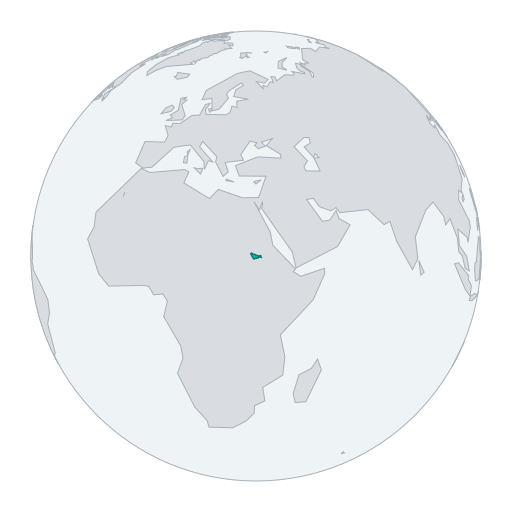 Khartoum on an orthographic globe
{"feature_id": "SDN-874", "entity_name": "Khartoum", "entity_type": "Region", "adm_level": 1, "iso_a3": "SDN", "parent_name": "Sudan", "parent_adm1": "", "projection": "orthographic", "projection_center": [32.98, 15.925], "detail": "fine", "context": "on_globe", "style": "filled", "palette": "teal", "viewbox_px": 512, "rotation_deg": 0, "n_neighbors": 0, "source": "natural_earth", "source_scale": "10m", "svg_char_len": 9673}
<svg xmlns="http://www.w3.org/2000/svg" viewBox="0 0 512 512"><circle cx="256" cy="256" r="225" fill="#eef3f6" stroke="#a8b0b8"/><path d="M194.7,39.2L193.6,39.6L188.5,41.1L191.9,40.3L196.8,38.9L199.9,38.3L199.6,38.6L193.1,40.3L192.3,40.4L190.2,41.1L187.1,41.9L188.5,41.7L180.6,44.2L187.9,42.4L181.2,45.0L176.2,46.5L177.4,45.4L172.0,47.0L194.7,39.2ZM128.3,70.4L128.7,70.2L135.9,65.4L138.9,63.9L147.4,59.0L149.9,57.9L158.4,53.8L156.2,55.7L149.6,59.9L142.5,63.6L139.4,65.9L145.5,63.7L131.6,72.8L121.3,83.2L117.8,85.8L112.1,87.4L113.8,83.0L106.5,87.7L110.3,86.3L101.5,94.0L99.7,96.2L99.7,97.1L102.7,95.0L99.5,98.3L94.4,100.3L97.3,97.2L98.8,96.4L99.6,94.8L96.1,97.4L91.9,101.7L91.6,102.0L103.1,90.6L115.3,80.0L128.3,70.4ZM32.8,225.3L31.9,233.3L32.4,246.2L32.5,257.0L32.1,262.0L33.1,265.9L33.2,269.7L40.9,285.0L47.8,299.5L49.5,312.6L47.7,323.9L55.2,352.8L54.4,356.3L58.3,364.1L51.2,349.8L45.1,335.1L40.0,320.0L36.0,304.6L33.1,288.9L31.4,273.0L30.7,257.1L31.2,241.1L32.8,225.3ZM158.9,53.2L158.6,53.5L157.2,54.1L158.9,53.2ZM162.9,51.3L161.5,51.8L163.1,51.0L164.0,50.7L162.9,51.3ZM164.3,51.0L166.3,49.5L169.3,48.2L174.9,46.2L164.3,51.0ZM198.4,38.4L193.2,39.8L197.8,38.4L198.4,38.4ZM222.7,33.2L221.9,33.4L216.2,34.4L211.5,35.2L214.7,34.8L200.6,37.7L204.8,36.6L222.7,33.2ZM294.7,34.1L293.8,33.9L294.7,34.1ZM201.5,37.9L202.7,37.4L209.4,36.0L208.0,36.8L206.3,37.0L201.5,37.9ZM231.0,32.1L233.1,32.0L222.5,33.3L224.3,33.0L231.0,32.1ZM204.6,37.5L207.1,37.3L203.8,38.4L200.7,38.4L204.6,37.5ZM211.6,35.4L214.7,34.9L212.6,35.4L211.6,35.4ZM193.2,43.0L194.6,42.0L198.1,41.1L193.2,43.0ZM208.3,37.2L209.4,36.9L211.0,36.5L211.9,36.7L208.3,37.2ZM223.5,33.4L222.7,33.7L227.9,32.8L228.4,33.1L221.2,34.1L224.5,33.8L218.7,34.6L223.5,33.4ZM217.5,36.0L208.6,38.0L205.3,39.8L202.0,40.6L208.0,37.5L217.5,36.0ZM218.7,35.1L217.2,35.8L213.9,36.1L212.9,35.9L218.7,35.1ZM231.3,33.0L232.4,32.3L233.9,32.2L231.3,33.0ZM217.2,36.4L219.3,36.0L217.3,36.5L217.2,36.4ZM227.7,33.9L227.9,33.5L229.6,33.4L227.7,33.9ZM223.5,35.5L220.6,36.0L219.8,35.8L223.5,35.5ZM225.9,34.7L228.3,34.5L221.3,35.4L225.7,34.5L225.9,34.7ZM229.3,33.8L230.4,33.5L229.0,33.9L229.3,33.8ZM228.1,36.4L219.5,37.6L217.8,36.9L226.4,35.8L228.1,36.4ZM357.1,54.7L365.4,59.8L383.2,71.6L382.1,69.8L386.9,72.8L406.1,88.1L428.6,113.7L435.3,120.7L439.3,126.1L441.6,130.5L435.8,122.6L433.2,120.8L429.6,116.1L431.2,121.6L426.1,115.1L429.9,123.2L434.4,127.8L434.8,124.8L440.3,135.4L447.7,143.2L454.4,154.8L462.1,179.1L461.0,189.1L462.2,193.3L458.7,190.2L458.7,199.9L468.9,219.9L470.3,226.6L468.1,242.3L467.2,237.4L457.9,229.1L459.5,245.8L466.7,256.2L469.3,271.0L465.2,268.3L462.2,255.5L458.9,252.2L457.4,237.9L450.0,218.7L445.7,224.8L443.8,216.4L433.0,202.0L425.6,210.4L415.3,236.9L417.8,258.6L412.5,269.6L396.8,241.5L389.9,221.4L384.1,224.6L368.0,209.6L339.9,212.6L336.0,207.6L330.7,210.8L319.3,206.6L313.4,198.3L306.5,199.5L322.4,221.3L329.8,220.1L336.1,210.5L339.1,218.6L350.1,224.8L337.6,246.5L296.1,267.9L292.2,251.8L261.7,208.6L262.8,203.6L262.6,203.1L262.3,202.1L259.3,210.2L254.1,201.8L270.2,232.0L272.8,245.2L295.5,268.9L293.3,271.6L300.7,276.3L324.6,268.3L324.7,273.8L313.2,299.7L280.3,334.9L284.9,356.7L282.8,375.0L262.7,387.5L264.9,400.9L254.6,405.7L254.2,413.1L246.2,420.9L232.6,427.8L209.0,427.1L207.2,420.6L194.8,407.1L177.5,373.3L183.0,358.2L180.7,345.8L163.7,316.6L167.4,301.1L163.0,294.0L153.7,294.8L148.6,286.3L143.1,285.4L108.8,286.1L98.7,273.8L87.6,238.9L94.1,227.1L96.0,212.2L141.2,168.4L150.0,172.5L184.7,169.6L188.9,171.8L183.9,182.9L209.3,198.6L218.5,189.4L242.3,197.8L258.7,197.5L266.0,176.2L239.2,176.0L235.4,165.7L257.6,156.9L281.1,158.1L280.4,154.2L266.2,145.6L272.4,138.6L261.4,142.1L265.3,146.1L258.5,148.7L254.5,145.4L256.9,142.8L250.0,141.1L240.7,154.7L243.6,160.2L225.1,162.4L228.3,172.0L223.0,176.3L215.6,161.9L216.9,156.7L202.6,141.4L199.6,146.9L212.9,162.0L208.4,160.7L204.4,169.3L204.0,161.7L190.3,144.9L174.0,147.2L152.0,167.2L142.8,168.1L135.7,162.8L145.0,141.6L164.6,142.1L168.1,135.6L165.3,125.6L171.5,127.0L172.7,123.3L180.2,123.5L191.9,115.5L199.7,115.1L205.4,104.6L210.2,103.3L205.4,109.7L206.3,114.4L225.8,114.8L229.9,112.7L232.0,106.1L237.1,107.5L236.7,101.2L248.4,99.1L233.7,96.6L235.8,90.0L243.5,85.3L241.5,82.9L229.1,90.7L226.5,94.4L228.5,98.1L219.1,109.1L212.1,110.8L212.0,98.4L202.1,99.7L206.3,90.4L237.5,73.4L249.9,70.8L268.1,79.4L264.6,83.1L256.3,81.6L263.0,88.7L262.9,85.3L267.2,86.8L270.2,81.7L273.4,82.6L271.0,76.5L275.2,77.1L276.6,80.9L284.8,74.8L293.8,75.1L294.1,73.4L291.9,71.5L304.8,73.8L304.5,72.5L300.2,71.1L296.7,67.8L295.5,63.2L300.0,64.2L301.1,66.0L310.0,71.8L312.1,77.1L313.8,77.1L313.1,72.8L302.2,65.7L300.2,62.6L306.0,65.5L303.7,64.2L304.2,63.1L308.9,63.1L302.8,59.9L301.5,48.5L310.4,48.3L315.7,51.5L319.6,47.0L329.4,48.5L325.3,47.1L324.4,44.9L321.4,44.3L319.4,43.5L315.7,39.4L318.4,39.8L312.2,37.9L310.2,37.3L307.8,36.8L305.3,36.2L323.0,40.9L340.3,47.1L357.1,54.7ZM124.8,192.0L123.4,196.3L124.8,192.0ZM305.9,170.9L320.1,171.0L314.1,158.2L319.1,157.4L315.2,153.6L313.6,157.3L304.1,147.0L310.4,143.0L308.9,137.6L304.0,137.4L294.0,146.6L307.5,161.0L304.0,166.5L305.9,170.9ZM101.8,93.9L102.1,93.8L101.4,95.3L100.2,95.9L101.8,93.9ZM107.0,96.0L101.7,101.4L104.7,97.7L102.1,99.1L105.1,93.5L116.2,86.9L110.6,90.7L107.0,96.0ZM112.2,85.2L109.0,88.9L112.1,85.2L112.2,85.2ZM172.3,105.1L174.4,107.5L171.0,111.4L161.1,113.7L166.0,107.8L172.3,105.1ZM178.3,110.2L180.9,98.3L187.1,97.1L183.2,99.7L187.0,100.0L181.7,104.4L185.1,115.6L182.3,119.9L165.7,120.5L172.7,117.7L170.1,115.2L178.3,110.2ZM176.5,76.0L177.7,72.5L189.7,74.1L187.2,77.3L177.2,79.3L174.3,76.6L176.5,76.0ZM173.9,48.5L173.6,48.2L175.4,47.6L177.1,47.3L173.9,48.5ZM193.5,42.6L177.2,49.7L176.0,49.6L167.8,54.7L161.5,56.5L167.0,52.9L156.0,58.6L158.4,56.1L151.3,60.2L164.3,52.1L166.0,50.6L166.5,51.5L172.2,49.7L175.2,48.6L185.1,44.4L191.7,41.0L198.5,39.4L201.5,39.1L200.9,39.7L196.7,40.4L199.0,40.6L192.5,42.2L193.5,42.6ZM233.0,45.7L228.3,44.9L231.8,48.5L225.3,48.9L226.1,49.3L221.1,50.8L216.3,53.6L213.5,53.5L212.9,54.7L209.5,56.0L207.7,57.7L202.0,58.3L199.3,60.5L198.2,59.6L195.1,63.4L194.8,60.9L190.4,62.8L193.0,64.2L166.6,66.5L155.8,70.5L146.9,75.5L147.6,71.4L156.4,64.5L168.8,57.6L179.1,54.8L177.6,53.8L182.1,52.3L181.4,53.7L185.1,50.8L188.6,50.0L199.7,45.8L202.8,42.8L206.9,41.5L207.5,42.3L211.2,40.5L215.0,41.3L218.0,40.6L224.8,41.0L224.1,43.6L227.6,42.6L232.9,43.3L233.0,45.7ZM229.8,36.6L230.5,38.9L227.2,40.5L216.8,39.2L213.5,39.8L206.7,39.7L211.5,37.6L213.0,37.8L215.6,37.5L213.1,38.2L217.1,37.4L219.2,37.7L222.9,37.3L222.1,38.1L229.8,36.6ZM194.2,167.8L197.5,168.5L202.9,168.3L200.5,174.0L194.2,167.8ZM184.6,156.4L187.7,155.8L186.9,163.2L183.4,162.7L184.6,156.4ZM190.1,149.6L187.9,155.2L187.0,152.0L190.1,149.6ZM208.4,109.1L211.8,108.4L211.9,110.0L209.7,112.3L208.4,109.1ZM241.9,58.6L239.8,57.4L241.0,56.8L240.5,53.1L245.3,52.9L247.4,55.0L241.9,58.6ZM261.1,179.9L256.0,184.0L253.7,182.0L255.9,180.9L261.1,179.9ZM226.5,179.1L234.1,182.0L225.8,180.6L226.5,179.1ZM247.1,57.8L246.3,56.2L249.2,57.1L247.1,57.8ZM248.8,52.6L252.2,53.2L245.8,52.5L248.8,52.6ZM343.4,451.6L344.3,453.0L341.0,453.8L343.4,451.6ZM321.4,369.8L305.8,401.7L295.2,402.5L293.2,393.7L299.0,374.7L311.4,368.4L317.5,359.2L321.4,369.8ZM477.6,296.7L477.6,296.2L477.6,296.7ZM477.7,294.1L478.2,292.9L477.2,296.6L477.7,294.1ZM478.4,291.8L478.3,292.4L478.5,291.5L478.4,291.8ZM477.1,295.3L471.9,300.8L469.2,300.4L470.4,296.2L474.8,293.4L477.1,295.3ZM470.1,296.2L465.2,289.3L454.6,263.9L458.5,262.7L468.8,275.9L468.3,279.4L471.3,285.5L470.1,296.2ZM479.8,268.5L479.1,278.5L476.8,280.8L475.4,280.7L474.6,269.4L475.1,262.6L476.4,261.6L478.5,236.1L479.8,239.7L479.8,249.9L480.7,256.9L479.8,268.5ZM418.8,260.4L424.1,272.1L420.8,275.1L418.8,260.4ZM477.1,219.8L477.7,230.7L476.5,217.0L477.1,219.8ZM475.0,207.6L476.1,212.0L474.9,208.3L475.0,207.6ZM464.2,199.4L463.0,201.7L461.9,198.6L462.8,193.9L464.2,199.4ZM459.6,164.9L463.6,173.9L464.8,177.2L462.2,172.3L459.6,164.9ZM286.9,57.6L282.2,62.5L282.0,66.8L286.9,70.1L278.0,68.1L278.3,61.4L286.9,57.6ZM299.2,49.3L294.9,47.2L298.0,47.2L299.4,47.7L299.2,49.3ZM295.7,48.7L288.1,47.9L286.5,46.2L292.8,47.1L295.7,48.7ZM267.6,51.7L265.9,53.0L263.6,52.2L267.6,51.7ZM452.1,366.9L455.4,360.7L455.6,360.4L461.5,348.0L464.4,341.6L452.1,366.9ZM481.2,260.4L481.1,264.8L481.0,268.1L480.6,272.9L480.9,268.1L480.0,279.6L479.8,280.2L480.4,271.1L480.9,258.8L481.1,253.3L481.2,250.4L481.2,252.1L481.0,258.1L481.1,263.5L481.3,259.3L481.2,260.4ZM479.8,230.1L479.2,225.8L479.5,230.0L477.8,216.7L478.1,218.4L479.8,230.1ZM477.6,216.3L478.0,220.1L476.9,212.6L477.6,216.3ZM477.5,217.8L476.4,212.5L476.7,212.4L477.5,217.8ZM477.7,215.9L475.7,206.6L476.8,211.5L477.7,215.9ZM473.4,201.0L475.9,207.8L474.5,206.6L469.5,189.6L469.6,188.1L473.4,201.0ZM441.7,128.5L442.7,129.9L439.8,125.8L439.0,124.6L441.7,128.5ZM438.1,123.4L441.2,128.1L442.3,129.4L447.3,137.2L443.1,131.3L437.0,122.0L435.5,119.9L438.1,123.4ZM397.0,80.3L383.5,70.5L379.6,67.8L387.6,73.1L397.0,80.3ZM296.9,34.5L297.1,34.5L294.9,34.1L295.5,34.2L296.9,34.5ZM317.7,43.3L315.2,42.3L316.9,42.3L317.7,43.3ZM309.2,39.7L309.0,40.4L307.3,39.3L309.2,39.7ZM308.9,42.1L308.0,40.4L311.6,42.7L308.9,42.1Z" fill="#d9dde1" stroke="#a8b0b8" stroke-width="1"/><path d="M258.1,257.9L257.2,258.1L256.9,258.1L256.6,258.3L256.4,258.4L256.2,258.3L255.6,258.4L254.7,258.7L254.6,258.8L254.2,258.9L253.9,258.9L253.5,258.8L253.2,258.1L253.1,257.9L252.3,256.5L251.7,255.7L250.8,253.6L251.6,253.1L251.8,253.1L251.9,253.3L252.4,253.9L252.5,254.0L254.7,254.4L254.9,254.5L256.1,255.2L258.0,255.7L258.4,255.9L258.8,256.0L259.2,256.0L259.4,256.0L259.9,255.8L260.0,255.7L260.6,255.6L260.6,255.8L260.7,256.2L261.2,257.3L259.9,257.1L259.1,256.9L258.8,256.9L258.7,257.1L258.3,257.6L258.1,257.9Z" fill="#14b8a6" stroke="#0f766e" stroke-width="1.5"/></svg>